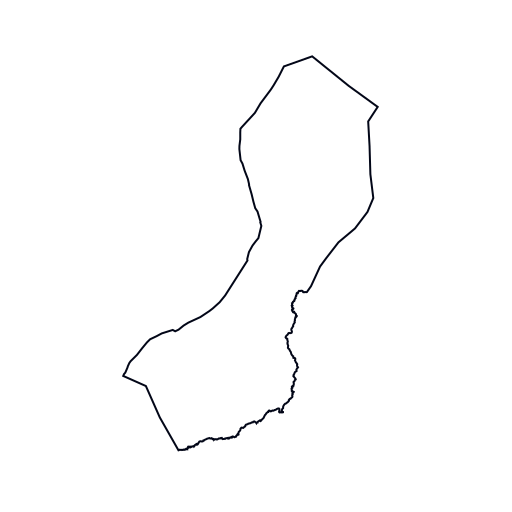 Chuluunxoroot, Dornod, Mongolia, rotated 284°
{"feature_id": "93677404B3333909760593", "entity_name": "Chuluunxoroot", "entity_type": "district", "adm_level": 2, "iso_a3": "MNG", "parent_name": "Mongolia", "parent_adm1": "Dornod", "projection": "orthographic", "projection_center": [114.964, 49.878], "detail": "fine", "context": "isolated", "style": "outline", "palette": "ink", "viewbox_px": 512, "rotation_deg": 284, "n_neighbors": 0, "source": "geoboundaries", "source_scale": "gbopen_adm2", "svg_char_len": 5885}
<svg xmlns="http://www.w3.org/2000/svg" viewBox="0 0 512 512"><g transform="rotate(284 256 256)"><path d="M430.1,338.0L443.5,304.8L463.3,262.2L446.7,237.2L435.3,234.6L425.6,231.7L421.0,230.1L405.3,223.5L394.6,220.3L378.1,211.3L375.7,210.1L372.2,210.8L365.4,212.5L358.8,213.3L355.7,214.0L345.2,217.9L342.4,220.5L336.1,224.3L328.7,229.5L323.8,232.0L323.2,232.0L314.9,236.8L308.0,240.4L302.2,243.7L299.5,246.7L290.2,252.2L289.7,252.0L286.5,253.9L273.9,254.0L270.2,252.2L265.3,250.1L258.1,248.2L250.9,248.2L249.6,248.8L210.2,235.6L202.3,231.9L194.6,226.7L191.2,224.0L183.3,216.8L175.0,206.5L171.0,202.6L165.8,198.7L163.4,195.8L164.1,193.1L158.1,183.3L154.2,179.0L149.6,173.4L145.8,171.1L139.1,167.9L131.2,164.4L123.6,159.8L121.6,159.0L117.9,158.3L116.8,158.3L111.2,157.4L109.5,156.5L107.5,156.2L103.2,180.6L76.1,201.7L48.7,227.8L48.8,228.0L49.5,228.6L49.5,229.4L49.8,230.0L49.9,230.6L49.8,231.0L50.0,231.3L50.2,232.1L50.6,232.3L50.6,233.3L51.0,233.6L50.9,234.0L51.3,234.4L51.4,234.9L51.7,235.3L51.8,235.7L52.3,235.2L52.5,235.5L52.2,235.9L53.2,236.2L53.4,236.6L53.8,236.4L54.1,236.2L54.6,236.3L54.7,236.5L54.6,236.9L54.8,237.1L54.9,237.8L55.1,238.1L54.9,238.3L54.4,238.1L54.4,238.4L54.8,238.5L54.7,239.0L55.3,239.7L55.8,240.0L55.9,240.6L56.4,241.3L56.3,241.7L56.1,241.9L56.9,242.3L57.5,242.3L58.0,242.7L58.5,243.2L58.5,243.8L58.9,243.6L59.2,243.7L59.2,244.3L59.6,244.5L59.5,245.1L62.2,245.9L62.8,246.8L62.8,247.3L62.8,247.8L63.0,248.1L63.0,248.6L63.3,249.2L63.6,249.4L64.2,249.5L64.3,250.1L64.9,250.3L66.5,252.4L66.9,252.7L67.3,253.5L68.1,254.8L67.8,255.7L68.0,256.1L68.1,256.7L68.4,256.8L68.5,257.0L68.2,257.3L68.2,257.6L67.8,258.1L68.0,258.4L67.8,258.9L68.2,259.1L68.2,259.4L67.9,259.7L67.6,259.8L68.0,260.1L68.5,261.2L68.6,261.4L68.4,261.9L68.6,262.2L68.7,262.9L70.0,264.1L70.2,264.6L70.1,265.0L70.4,265.6L70.9,265.9L71.0,266.1L70.7,266.7L71.1,267.0L70.6,267.6L70.3,268.0L70.5,268.4L70.6,268.9L71.0,269.7L71.0,270.1L71.6,270.3L71.9,271.2L72.4,272.0L72.2,272.5L72.8,273.0L72.6,273.3L72.2,273.5L72.3,273.9L73.7,274.8L73.7,275.5L74.0,275.6L74.2,275.9L74.6,276.0L74.7,276.3L74.3,276.7L75.3,277.2L75.2,278.0L74.9,278.7L74.9,278.9L75.4,279.6L76.1,280.1L76.1,280.4L76.9,280.4L77.3,280.8L77.6,280.8L78.1,281.4L78.2,281.9L78.4,282.2L78.7,282.2L79.1,281.4L79.9,281.8L81.1,281.8L82.8,282.8L83.8,282.9L84.5,282.7L85.8,283.3L86.0,283.5L86.1,285.2L87.8,286.3L88.0,286.7L88.4,286.8L89.0,286.7L89.8,287.0L90.1,287.3L90.4,288.0L90.9,288.7L91.5,289.1L91.8,289.9L92.2,290.5L92.4,291.1L93.1,291.7L93.6,292.3L93.8,293.2L94.6,293.5L95.0,294.2L95.1,294.5L94.9,295.1L94.5,295.7L94.3,296.5L93.9,296.9L94.7,297.1L94.9,297.3L94.9,297.8L95.4,297.8L95.8,298.0L97.5,299.6L97.7,299.8L97.7,300.0L97.2,300.2L97.0,300.4L97.2,300.6L98.9,301.4L100.6,302.5L103.6,303.1L103.9,303.2L104.6,303.7L106.0,304.1L106.9,304.8L107.5,305.1L107.6,305.7L108.3,305.9L108.3,306.3L108.5,305.8L108.7,305.7L109.1,305.9L109.3,306.2L109.2,306.7L108.8,307.8L108.9,308.1L109.8,309.0L110.1,309.5L110.0,310.0L110.3,310.6L111.0,311.2L111.3,311.9L112.1,312.9L112.6,313.2L113.1,313.9L113.4,314.3L113.6,315.1L113.3,315.6L113.0,315.8L112.2,315.9L111.5,316.2L110.8,316.0L110.2,316.2L110.0,316.5L109.9,316.7L110.0,317.1L110.6,318.5L110.4,319.0L111.3,320.7L111.2,319.9L111.3,319.2L111.8,318.5L113.6,318.4L114.1,318.6L114.9,319.1L116.4,318.8L117.2,318.9L118.5,319.3L119.7,320.0L120.1,320.7L120.4,321.0L121.6,321.8L121.8,322.1L122.9,322.7L123.6,323.0L124.1,322.7L125.4,323.2L125.7,323.5L125.8,324.0L126.1,324.2L127.0,324.6L127.7,325.3L128.7,325.3L129.3,324.9L129.6,324.8L130.6,325.0L131.1,325.7L130.9,325.0L131.1,324.6L131.7,324.6L132.0,324.9L132.7,324.9L132.9,325.4L133.3,325.5L133.4,325.2L133.2,324.7L133.6,324.1L133.6,323.9L133.4,323.6L133.7,323.3L134.3,323.4L135.0,322.9L135.6,322.8L135.9,322.6L136.9,323.2L137.3,322.6L137.7,322.4L138.2,322.5L138.7,323.1L139.1,323.2L139.3,323.4L139.2,323.7L139.3,323.7L141.0,323.7L142.5,323.0L142.8,322.9L143.7,323.6L144.7,323.6L145.2,323.8L145.6,324.3L145.9,324.4L146.7,323.8L147.5,322.6L148.1,322.0L148.2,321.6L148.5,321.3L149.1,321.5L149.6,321.2L150.7,321.6L152.5,321.8L152.9,322.0L154.2,323.2L155.4,322.7L156.8,323.0L157.6,323.5L158.2,323.7L158.8,322.8L159.2,322.5L160.4,322.1L161.0,322.2L161.8,321.4L162.4,320.4L163.1,320.0L164.2,319.0L165.3,319.1L166.0,318.9L166.4,318.3L166.2,317.1L166.2,316.9L167.7,316.4L168.0,315.6L168.7,314.7L169.4,314.0L171.4,312.9L172.4,311.7L173.6,310.9L174.0,309.9L174.6,309.2L174.9,309.1L176.9,308.9L178.0,308.0L178.6,307.9L179.1,307.5L180.6,307.6L182.4,306.6L183.1,306.5L183.2,306.4L183.4,306.0L183.4,305.4L183.5,305.2L184.2,304.4L184.9,304.4L186.1,304.8L187.3,305.7L189.0,306.2L189.3,306.6L189.4,306.9L189.3,307.5L189.7,308.6L190.3,309.2L191.5,309.1L192.9,308.1L193.8,308.0L194.3,308.1L194.7,308.4L195.5,308.5L196.7,309.1L197.5,308.8L198.0,308.8L199.5,309.1L200.9,309.7L202.0,309.2L202.8,309.4L204.0,309.0L205.2,309.2L206.0,309.0L206.4,309.6L207.3,310.1L207.6,310.1L207.7,309.3L207.9,309.2L208.3,309.0L209.0,309.0L209.4,308.7L210.4,306.9L210.8,306.7L210.3,306.2L210.3,305.9L210.4,305.6L210.6,305.4L211.3,305.1L211.5,304.5L211.9,304.5L212.3,303.9L212.7,303.9L213.0,304.1L213.1,304.6L213.9,305.0L214.2,305.0L214.3,304.9L214.4,304.4L214.7,303.6L215.4,303.2L216.1,303.1L216.4,303.4L216.6,303.5L216.8,303.2L216.8,302.7L217.7,302.8L218.2,302.6L218.9,302.8L219.1,302.5L219.8,303.0L220.4,302.9L220.7,303.1L221.5,304.0L221.8,304.1L222.2,303.8L222.7,303.9L223.0,304.1L223.4,304.0L224.6,304.6L224.9,304.3L225.8,304.3L226.8,304.7L227.3,304.4L227.9,304.7L229.1,304.5L229.8,304.5L230.1,304.7L230.1,305.1L229.9,305.3L230.0,305.6L231.4,305.7L232.5,306.1L232.6,307.0L232.9,307.3L232.9,307.9L233.4,308.8L233.3,309.6L232.9,310.1L232.4,310.4L232.3,310.6L232.4,311.1L232.4,311.4L232.9,312.2L233.1,313.7L233.3,314.1L240.1,316.7L261.3,320.7L271.0,324.7L289.2,332.7L306.7,345.4L325.7,353.5L340.6,355.8L363.0,347.2L390.1,339.6L413.7,332.3L430.1,338.0Z" fill="none" stroke="#020617" stroke-width="2"/></g></svg>